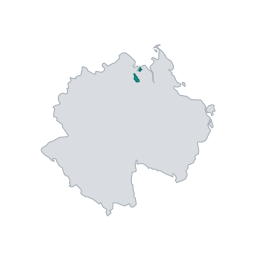 location of Bremen within Germany, rotated 43°
{"feature_id": "DEU-1575", "entity_name": "Bremen", "entity_type": "State", "adm_level": 1, "iso_a3": "DEU", "parent_name": "Germany", "parent_adm1": "", "projection": "robinson", "projection_center": [8.734, 53.321], "detail": "fine", "context": "in_parent", "style": "filled", "palette": "teal", "viewbox_px": 256, "rotation_deg": 43, "n_neighbors": 0, "source": "natural_earth", "source_scale": "10m", "svg_char_len": 4435}
<svg xmlns="http://www.w3.org/2000/svg" viewBox="0 0 256 256"><g transform="rotate(43 128 128)"><path d="M113.1,205.3L107.2,202.1L102.1,202.4L101.2,201.4L99.5,201.5L96.8,199.9L94.4,200.8L93.9,201.7L94.0,202.3L96.4,202.4L96.7,202.8L94.3,203.8L90.4,203.5L85.7,204.4L81.8,204.3L79.5,203.5L78.9,202.0L79.1,199.9L80.0,197.1L80.3,195.0L79.9,193.6L80.4,191.7L82.0,189.0L84.3,181.4L89.4,176.0L89.4,174.1L80.5,172.2L79.0,171.7L77.8,170.3L70.7,171.1L70.1,169.7L68.3,169.1L66.3,170.2L65.6,170.1L62.9,166.7L62.2,165.0L61.0,164.0L59.0,163.8L59.7,160.6L61.5,158.3L61.6,156.4L57.7,154.8L55.7,152.6L55.2,150.0L56.4,147.1L59.6,145.4L59.3,142.5L56.6,141.0L56.4,140.5L57.5,139.5L53.5,136.2L54.5,133.0L53.8,132.0L51.9,131.3L51.3,130.3L52.7,130.1L55.9,127.9L56.1,127.5L55.2,127.2L55.1,126.2L57.2,121.5L57.1,120.7L55.4,118.3L55.4,117.5L53.1,114.9L53.1,114.0L56.8,112.4L59.9,113.6L61.1,112.9L62.6,113.0L66.4,111.8L67.4,110.3L66.0,109.1L66.1,108.2L70.4,105.6L71.1,104.3L71.4,101.9L70.8,101.1L70.3,100.5L66.6,100.1L65.7,98.7L66.1,96.9L66.7,96.5L71.1,96.5L72.8,91.2L73.9,89.5L74.2,82.9L71.9,80.9L72.8,77.1L74.5,75.0L75.8,74.5L81.4,74.1L87.7,74.3L90.2,77.4L89.3,79.0L90.8,79.7L91.5,79.4L92.4,76.5L93.0,76.0L95.6,78.0L95.6,80.5L96.3,77.1L95.8,74.7L96.2,72.4L97.7,70.4L102.2,71.2L107.3,70.8L109.2,71.7L113.5,76.2L116.8,77.1L114.3,76.2L109.0,70.7L103.5,69.3L102.3,67.7L102.4,62.2L100.3,61.1L98.1,61.5L97.8,60.3L98.1,59.4L103.1,57.9L103.2,56.4L98.7,51.1L98.5,48.7L102.3,48.8L106.9,49.9L108.0,50.7L113.9,49.7L118.4,51.3L120.5,53.5L120.7,55.5L118.1,57.8L122.5,57.5L123.7,59.1L126.1,58.5L132.2,61.1L136.8,59.8L137.6,61.8L136.7,63.9L133.5,66.2L134.3,67.5L135.3,67.8L138.4,67.6L143.2,68.9L149.6,64.7L154.8,64.2L162.2,57.9L169.7,59.1L171.7,61.8L176.7,64.8L181.2,64.5L182.9,67.3L183.7,70.8L186.4,72.6L190.2,73.4L191.0,77.1L193.1,82.8L193.1,84.6L192.5,86.6L191.3,88.3L188.8,90.2L188.7,91.4L195.2,96.3L197.1,98.8L196.1,102.3L197.2,104.0L198.3,104.6L198.7,105.5L198.8,107.6L199.6,108.2L198.4,111.9L197.3,113.4L197.7,114.7L199.5,117.0L199.6,119.9L203.2,121.8L204.7,125.6L203.9,129.0L200.8,134.8L198.2,134.0L198.3,132.8L197.9,132.7L197.0,131.1L193.2,130.2L192.1,130.9L194.1,133.1L186.3,136.0L180.6,137.2L178.6,139.4L177.6,138.9L175.3,139.9L174.4,141.3L171.6,141.7L170.4,143.5L167.4,143.0L163.8,143.7L162.2,144.7L159.3,148.2L156.9,145.5L156.3,145.5L156.1,146.4L157.6,148.3L158.2,150.0L162.5,153.0L163.4,154.3L161.4,157.6L165.6,163.6L168.8,166.4L170.5,166.4L174.4,170.1L176.9,171.4L178.9,174.0L181.4,174.4L185.3,177.5L186.1,178.5L185.7,182.4L183.8,183.8L180.6,182.5L178.8,187.3L170.7,190.6L168.4,192.7L168.4,193.4L171.8,197.4L171.8,199.2L170.9,201.0L173.3,201.5L173.6,202.4L173.0,206.2L169.5,204.9L168.8,202.8L167.3,202.1L163.8,202.8L159.1,201.1L158.8,203.2L150.7,204.0L145.2,206.1L143.6,207.4L139.2,208.1L138.1,208.0L136.3,205.3L128.8,204.7L127.6,208.7L126.7,209.8L124.5,210.5L124.7,208.7L122.4,208.1L122.3,206.9L120.8,205.7L117.0,204.2L115.3,205.2L113.1,205.3ZM180.8,59.7L181.2,61.1L180.8,61.8L179.0,60.6L177.1,60.6L176.1,62.5L175.2,62.6L172.3,60.9L171.9,60.1L172.0,56.3L172.9,55.5L173.0,54.3L174.5,53.1L175.9,53.0L177.1,54.8L179.8,56.0L180.1,56.5L178.6,58.0L179.0,58.8L180.8,59.7ZM189.3,68.8L189.4,70.5L184.7,70.3L184.2,69.0L184.5,67.8L182.9,66.5L182.9,65.1L189.3,68.8ZM93.3,49.9L92.2,51.6L92.4,48.6L94.2,45.5L95.0,45.5L94.0,47.0L93.8,48.8L97.9,49.0L97.4,49.5L93.3,49.9ZM141.2,58.9L138.7,59.0L136.7,57.9L137.9,56.5L140.3,57.2L141.2,58.9ZM97.2,52.7L96.5,53.2L94.1,52.7L95.9,51.7L96.9,52.0L97.2,52.7Z" fill="#d9dde1" stroke="#a8b0b8" stroke-width="1"/><path d="M96.0,84.1L96.7,84.3L96.8,84.4L97.1,84.3L97.6,84.5L98.6,84.8L98.8,84.8L99.0,84.8L99.5,84.8L99.8,84.8L99.8,85.0L100.3,85.2L100.4,85.3L100.8,85.2L101.0,85.3L101.3,85.5L101.6,85.7L102.2,85.9L102.4,85.9L102.5,85.9L102.6,85.7L102.8,85.4L103.1,85.5L103.5,85.9L103.5,86.0L103.3,86.2L103.2,86.2L103.3,86.4L103.7,86.7L103.7,86.8L103.8,86.8L103.7,86.9L103.6,87.0L103.5,87.5L103.2,87.9L102.7,88.2L102.5,88.3L101.7,87.8L101.7,88.0L101.4,88.1L101.2,88.1L100.3,87.7L100.2,87.7L99.3,87.8L99.1,87.8L99.0,87.7L99.0,87.1L98.9,87.0L98.2,86.4L98.0,86.1L97.9,86.0L97.9,85.9L97.9,85.5L97.6,85.1L97.2,85.0L96.6,84.8L95.9,84.6L95.8,84.4L95.7,84.2L96.0,84.1ZM96.6,77.9L96.8,77.3L96.7,77.2L96.3,76.4L96.2,76.2L95.9,75.8L96.7,76.0L97.1,76.1L97.8,76.1L97.7,76.3L97.7,76.5L97.9,76.9L97.9,77.0L98.0,77.5L98.0,77.9L97.7,78.2L97.4,78.5L97.3,78.4L97.2,78.3L96.9,78.2L96.7,77.9L96.6,77.9Z" fill="#14b8a6" stroke="#0f766e" stroke-width="1.5"/></g></svg>